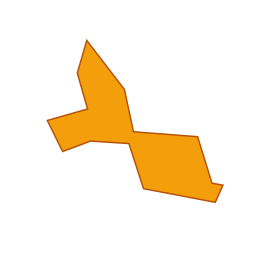 the border of Stoney Ground, rotated 254°
{"feature_id": "AIA-5123", "entity_name": "Stoney Ground", "entity_type": "District", "adm_level": 1, "iso_a3": "AIA", "parent_name": "Anguilla", "parent_adm1": "", "projection": "albers", "projection_center": [-63.024, 18.252], "detail": "fine", "context": "isolated", "style": "filled", "palette": "amber", "viewbox_px": 256, "rotation_deg": 254, "n_neighbors": 0, "source": "natural_earth", "source_scale": "10m", "svg_char_len": 341}
<svg xmlns="http://www.w3.org/2000/svg" viewBox="0 0 256 256"><g transform="rotate(254 128 128)"><path d="M123.4,58.7L157.5,52.5L157.4,94.4L194.8,94.4L223.5,112.5L166.0,135.2L122.9,132.2L100.4,192.5L51.8,193.5L46.9,203.5L32.5,191.4L65.4,126.2L112.8,124.6L125.8,88.3L123.4,58.7Z" fill="#f59e0b" stroke="#b45309" stroke-width="1.5"/></g></svg>